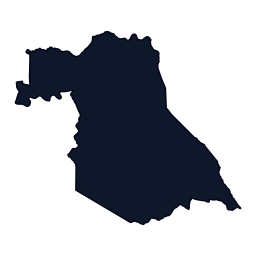 outline of Saba, Colón, Honduras
{"feature_id": "27666195B48928402740143", "entity_name": "Saba", "entity_type": "district", "adm_level": 2, "iso_a3": "HND", "parent_name": "Honduras", "parent_adm1": "Colón", "projection": "mercator", "projection_center": [-86.187, 15.48], "detail": "fine", "context": "isolated", "style": "filled", "palette": "ink", "viewbox_px": 256, "rotation_deg": 0, "n_neighbors": 0, "source": "geoboundaries", "source_scale": "gbopen_adm2", "svg_char_len": 5608}
<svg xmlns="http://www.w3.org/2000/svg" viewBox="0 0 256 256"><path d="M150.9,39.9L149.4,37.9L148.3,37.1L147.4,36.7L146.8,36.9L145.7,37.4L142.3,40.0L140.7,40.1L139.4,39.9L138.0,39.3L137.4,38.9L136.9,37.8L136.3,35.8L135.9,35.1L135.6,34.7L135.3,34.4L134.3,34.2L133.7,34.3L132.5,34.8L132.1,35.1L131.3,36.5L130.6,38.1L130.1,39.0L129.4,39.8L128.3,40.4L127.4,40.4L126.9,40.2L126.3,39.6L125.7,38.7L125.0,38.4L123.8,38.4L121.9,39.0L119.5,38.8L119.0,38.7L117.4,37.7L116.3,36.7L114.9,35.8L114.5,35.1L113.8,34.5L113.5,33.8L112.4,34.0L111.8,33.3L111.2,33.3L110.6,33.1L109.6,33.3L109.5,33.1L109.8,32.6L109.7,32.3L109.1,32.2L108.2,31.8L107.3,31.7L106.1,31.8L105.1,32.1L104.7,32.3L103.9,33.3L103.5,33.7L102.5,34.0L101.5,34.1L99.3,35.2L97.3,35.3L96.3,35.7L95.3,36.6L93.3,36.4L92.8,36.6L92.7,36.8L92.5,39.4L92.2,41.5L91.9,42.1L90.4,44.3L87.2,47.9L85.7,48.9L84.8,49.8L83.7,51.4L81.8,52.8L80.6,54.7L78.7,56.0L77.1,56.6L76.4,56.6L75.6,56.5L73.2,55.5L71.8,54.4L70.4,53.0L69.1,51.8L68.5,51.5L66.4,51.1L63.2,51.7L62.1,51.7L61.3,51.2L61.0,51.1L60.4,50.7L58.6,49.1L57.6,49.0L56.7,48.7L55.7,48.6L54.8,48.2L53.9,48.5L52.9,48.6L51.6,47.3L51.3,47.2L50.7,47.2L49.9,47.5L49.5,47.9L49.2,48.7L48.9,48.9L48.5,49.0L48.2,48.7L47.9,48.7L47.0,49.7L47.0,50.5L46.7,50.7L46.3,50.7L44.1,50.2L43.9,50.1L43.9,49.9L43.3,49.7L42.9,49.7L42.4,49.5L41.6,49.8L41.3,49.8L40.9,49.5L40.4,48.6L39.7,48.4L37.4,49.7L36.5,49.5L35.7,49.8L35.4,50.2L34.9,51.5L32.9,51.0L32.2,51.1L31.9,51.3L31.8,52.0L31.0,52.0L30.8,52.2L30.8,52.6L30.6,52.8L30.4,52.7L30.1,52.4L30.0,51.8L30.0,51.3L29.8,50.9L29.0,50.4L28.4,49.9L27.4,49.7L27.2,50.2L27.4,50.4L27.4,50.7L27.2,50.9L26.6,51.0L26.3,51.3L26.1,51.8L26.3,52.3L26.8,52.9L28.1,53.7L28.7,53.8L29.9,53.8L30.0,59.5L29.5,77.2L30.0,85.3L29.6,85.5L29.2,85.5L27.2,84.8L25.1,84.7L22.9,83.6L22.0,83.1L22.5,82.1L22.5,81.8L22.4,81.4L22.0,81.2L21.1,81.6L18.8,81.7L16.5,82.3L16.8,87.2L17.6,88.8L19.4,91.6L18.3,93.9L15.4,102.8L15.5,103.0L16.3,103.6L17.2,103.9L18.4,104.1L20.4,104.0L23.3,104.4L24.9,105.2L26.1,106.1L27.0,106.3L28.1,106.2L28.7,105.9L29.7,104.9L30.3,102.7L30.4,102.0L30.1,101.0L29.0,99.4L28.6,98.5L28.6,98.1L28.8,97.8L29.2,97.4L29.7,97.2L30.5,97.1L33.9,98.3L34.9,98.3L35.6,98.1L36.4,97.7L37.6,96.7L38.5,96.1L39.2,95.7L39.6,95.7L41.4,96.3L41.9,96.8L42.3,97.4L43.1,98.2L45.0,99.8L47.1,100.6L48.3,100.8L49.1,100.8L49.5,100.6L49.7,100.3L49.9,98.5L50.3,97.2L51.2,95.8L52.2,95.3L52.9,95.0L53.4,94.9L54.4,95.1L55.2,95.7L56.8,97.3L57.8,98.2L59.0,98.8L59.8,98.9L60.6,98.5L61.1,97.7L61.1,97.2L61.0,96.4L59.6,94.1L59.3,93.3L59.2,92.7L59.5,92.4L60.8,91.6L61.2,91.5L64.3,91.6L65.3,91.4L67.1,91.3L72.0,90.1L72.5,90.2L73.0,90.4L73.1,90.6L73.0,90.9L71.3,93.1L70.9,93.9L70.7,94.4L70.8,94.9L71.0,95.4L71.5,95.8L71.9,96.3L72.4,97.8L72.7,98.7L73.9,100.2L75.0,102.7L76.3,104.6L76.7,106.2L77.0,106.8L77.6,108.5L78.1,109.3L78.8,111.4L79.8,112.7L79.9,113.7L80.6,114.8L79.9,117.2L79.0,118.1L78.9,118.4L78.9,119.7L79.1,121.4L79.0,122.0L78.6,122.5L77.6,123.3L77.3,123.7L76.4,124.8L76.1,125.5L76.2,126.6L77.4,128.0L77.8,128.9L78.7,130.1L78.8,130.6L78.8,131.2L77.6,133.4L77.1,133.9L76.2,134.2L75.7,135.2L74.6,135.8L74.3,136.7L74.6,138.2L75.2,139.5L75.4,139.8L76.6,140.8L76.9,141.1L76.7,142.5L76.8,143.0L77.0,143.4L77.6,143.8L78.6,144.8L78.8,145.1L78.8,145.4L78.3,146.3L77.6,147.2L75.9,148.6L75.4,148.8L74.9,148.8L73.4,148.5L72.8,148.7L72.0,149.6L69.9,152.9L68.9,153.9L68.2,154.3L68.0,154.6L68.8,156.6L70.3,157.2L71.0,157.9L72.1,159.6L73.1,160.4L73.8,161.1L75.9,164.5L75.9,165.6L76.1,166.1L75.9,190.1L130.4,222.4L131.9,222.0L133.8,221.2L135.0,221.1L135.7,221.3L136.3,221.6L137.0,221.9L138.6,222.2L140.4,223.4L141.9,224.0L143.3,224.3L143.9,224.1L144.5,223.2L145.0,222.8L146.6,222.6L147.9,222.0L149.2,220.7L150.7,218.4L151.2,217.8L153.3,218.2L155.4,218.5L156.0,218.7L157.5,219.9L159.1,220.1L159.9,219.6L161.0,218.9L162.6,218.3L163.1,217.9L163.7,217.1L164.1,216.8L165.8,216.4L166.9,215.8L169.1,215.4L169.5,215.1L171.2,213.2L172.6,210.6L173.9,209.0L174.1,208.5L176.5,207.3L178.8,205.4L179.7,204.3L180.0,204.2L180.8,204.2L181.9,205.3L182.8,205.7L184.4,206.6L186.2,208.0L188.1,209.1L188.4,209.3L188.7,209.3L188.9,209.0L189.2,207.4L189.2,204.5L189.6,203.0L189.9,201.2L190.2,200.6L191.3,199.3L191.7,198.3L192.0,198.0L192.3,197.9L192.9,198.0L193.5,198.6L193.8,198.7L197.9,199.8L200.3,200.1L202.7,200.6L204.7,200.6L206.6,201.6L208.3,202.1L208.7,202.0L209.0,201.7L209.3,201.0L209.6,199.5L209.9,199.2L210.3,199.1L210.7,199.1L211.2,199.4L211.7,199.6L212.9,199.8L214.1,199.9L216.0,199.6L216.6,199.6L219.3,200.5L220.9,200.7L222.2,201.3L224.2,203.3L226.0,204.4L226.7,205.5L227.4,208.7L227.9,209.4L228.5,209.7L230.4,209.8L232.0,210.2L232.4,210.2L233.6,209.5L235.9,207.8L236.4,207.5L237.2,207.4L238.1,207.4L239.8,208.4L240.2,208.6L240.5,208.5L240.6,208.3L240.1,207.4L238.1,205.3L233.8,198.9L233.5,198.4L232.2,197.5L231.8,195.2L230.6,194.2L230.3,193.7L230.1,193.0L229.7,190.9L229.3,190.0L229.0,189.5L227.3,188.0L225.1,184.9L224.3,184.4L223.6,183.6L223.1,182.7L222.9,181.5L222.6,180.7L222.5,180.1L222.1,179.6L221.4,179.2L221.1,178.8L220.8,177.2L219.7,175.8L219.0,174.0L218.7,172.5L218.9,170.8L219.4,169.9L219.4,169.2L220.0,167.6L219.0,166.5L218.5,165.1L217.7,163.9L217.5,162.7L217.5,161.7L205.2,146.6L204.2,144.7L202.3,143.7L200.7,142.9L199.8,142.3L198.6,140.9L197.3,140.1L197.1,139.0L197.0,138.7L194.2,137.4L171.2,114.4L169.2,111.6L166.2,108.0L165.4,88.2L161.2,78.0L157.8,68.2L157.8,64.6L158.3,62.8L158.8,61.8L159.0,61.4L158.6,59.3L158.9,57.9L158.8,57.2L158.5,56.0L158.7,54.6L158.9,54.1L158.8,53.3L158.4,52.2L157.6,51.5L156.8,51.0L154.5,50.3L153.7,49.7L153.1,49.1L151.4,46.4L150.6,44.8L150.4,42.9L150.4,41.0L150.9,39.9Z" fill="#0f172a" stroke="#020617" stroke-width="1.5"/></svg>